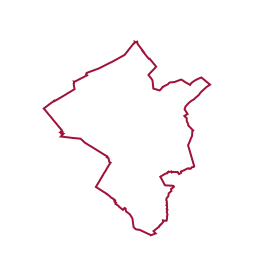 outline of Pajacuarán, Michoacán, Mexico, rotated 302°
{"feature_id": "50627088B74938552540621", "entity_name": "Pajacuarán", "entity_type": "district", "adm_level": 2, "iso_a3": "MEX", "parent_name": "Mexico", "parent_adm1": "Michoacán", "projection": "natural_earth1", "projection_center": [-102.531, 20.15], "detail": "fine", "context": "isolated", "style": "outline", "palette": "rose", "viewbox_px": 256, "rotation_deg": 302, "n_neighbors": 0, "source": "geoboundaries", "source_scale": "gbopen_adm2", "svg_char_len": 5126}
<svg xmlns="http://www.w3.org/2000/svg" viewBox="0 0 256 256"><g transform="rotate(302 128 128)"><path d="M128.5,202.9L129.9,204.4L130.7,204.4L131.1,203.9L145.2,188.1L150.1,187.4L151.8,187.0L153.2,186.7L154.3,186.7L155.5,186.4L157.9,185.1L159.4,184.2L160.4,184.6L162.1,177.7L163.0,177.1L163.6,176.4L164.0,175.7L164.6,174.7L165.2,174.1L165.7,173.6L166.5,173.2L167.3,172.7L167.7,172.1L167.6,171.2L167.8,170.6L168.0,169.6L168.1,169.4L171.4,171.1L171.7,170.5L173.7,166.4L173.8,166.1L176.7,165.4L181.3,166.2L184.5,167.3L187.4,168.8L189.3,169.2L192.0,170.1L194.3,170.7L195.4,170.6L196.8,170.8L197.6,171.0L202.4,172.3L205.0,173.1L207.7,174.4L208.3,174.6L209.0,168.7L209.3,167.0L209.7,163.4L208.4,162.5L206.8,161.4L204.9,160.2L203.6,159.5L202.3,158.9L201.0,158.4L199.9,158.0L198.8,157.8L197.4,157.8L197.4,157.1L197.2,150.6L197.4,150.1L197.2,147.4L196.7,147.0L196.0,146.4L191.9,143.3L190.7,141.9L190.4,141.6L189.9,140.8L189.2,139.8L188.2,139.0L187.2,138.9L186.4,138.7L185.9,138.4L184.9,137.9L184.0,137.3L182.5,136.4L182.1,136.2L181.6,136.1L181.5,135.9L181.3,135.7L181.1,135.6L179.8,135.5L179.5,135.5L179.0,135.5L178.1,135.2L177.6,135.2L176.6,134.9L175.8,132.0L174.9,128.6L176.0,127.7L180.7,124.1L181.5,123.3L182.1,121.9L182.2,121.7L182.6,120.7L183.3,118.6L183.8,117.3L184.1,117.2L190.8,118.6L194.9,119.4L195.6,117.6L195.9,116.5L196.8,114.0L197.8,110.8L198.2,109.6L197.7,109.0L197.9,108.5L198.4,107.1L198.4,106.9L198.4,106.7L198.9,105.4L200.4,101.2L200.8,100.1L201.0,100.5L201.9,98.2L202.5,96.5L202.6,96.4L202.7,96.1L204.2,92.1L204.7,91.1L205.6,90.5L205.9,90.2L205.7,90.1L205.0,89.3L205.2,89.1L204.6,88.5L204.6,88.3L204.4,88.5L203.8,88.5L203.9,88.2L200.9,87.8L197.4,87.4L194.8,87.1L188.2,86.4L187.6,86.1L187.3,85.9L181.9,82.9L174.7,78.9L174.6,78.7L167.0,74.1L163.7,72.1L163.0,71.7L162.4,71.2L152.9,63.8L152.6,64.0L152.3,64.1L152.1,64.1L151.4,63.9L151.3,64.1L151.0,65.4L149.4,64.4L147.8,63.5L146.2,62.5L144.7,61.6L143.3,60.7L143.1,60.7L142.9,60.5L141.5,59.7L140.0,58.8L139.9,58.7L138.4,57.8L138.4,57.7L137.6,58.4L136.9,58.4L135.4,59.6L133.1,61.7L132.7,62.1L129.0,60.3L125.2,58.3L124.1,57.8L121.1,56.3L119.2,55.3L112.2,51.6L112.3,51.5L112.4,51.1L112.2,51.0L112.1,51.4L111.8,51.2L110.6,50.5L110.1,50.2L107.1,49.0L100.5,46.5L99.9,46.2L99.8,46.4L99.6,47.2L99.3,48.3L98.7,49.8L98.2,51.5L98.0,52.0L97.6,53.2L97.1,54.8L96.6,56.4L96.0,58.1L95.5,59.6L95.4,59.7L94.9,61.3L94.4,62.8L93.9,64.4L93.4,65.9L93.3,66.1L92.8,67.6L92.2,69.3L92.1,69.8L90.9,73.3L90.6,73.3L88.7,72.9L89.6,74.7L87.9,74.4L87.9,74.6L88.4,75.3L88.8,76.3L87.0,75.9L85.2,75.6L86.1,77.4L86.8,79.1L87.0,79.5L87.8,81.1L88.6,82.8L88.7,83.0L89.4,84.6L89.8,85.4L90.2,86.4L91.1,88.1L91.2,88.3L92.2,90.2L93.0,91.9L93.8,93.5L93.2,96.9L92.8,98.5L92.7,99.0L92.7,100.5L92.7,101.5L92.7,102.5L92.7,103.5L92.7,104.6L92.7,105.5L92.8,106.5L92.8,107.5L92.8,108.5L92.8,109.5L92.8,110.5L92.8,111.5L92.8,113.5L92.8,114.5L92.8,115.5L92.8,116.4L92.8,117.4L92.8,118.4L92.8,119.4L92.8,120.4L92.8,121.5L92.8,122.5L92.9,123.4L92.9,125.5L92.0,125.5L92.0,127.5L91.1,128.4L89.3,130.2L89.2,130.7L89.3,131.3L89.3,131.6L87.5,131.5L87.4,131.5L85.7,131.5L83.9,131.5L82.0,131.6L80.3,131.6L80.2,131.7L78.5,131.7L76.8,131.6L76.7,131.6L74.9,131.7L74.6,131.8L73.1,131.8L73.1,131.7L72.2,131.8L69.6,131.8L69.4,131.9L66.5,131.9L61.0,132.0L60.9,145.2L60.7,145.2L60.7,147.1L60.6,147.8L60.0,150.8L60.1,151.8L60.2,152.7L60.0,153.0L60.1,154.4L59.6,154.5L59.7,155.5L58.4,155.6L58.4,156.0L58.4,156.7L58.4,156.9L58.4,157.4L57.0,157.5L57.0,157.8L57.0,158.8L57.0,159.1L57.0,159.7L56.9,161.0L56.6,161.9L56.5,162.4L56.2,164.4L56.1,165.2L55.9,167.1L57.0,167.2L58.3,167.4L58.4,168.7L57.8,168.9L56.2,170.6L55.9,174.7L55.6,175.4L55.4,176.1L53.7,179.6L50.5,182.3L47.6,184.7L47.0,185.2L46.8,185.5L46.3,188.1L46.9,190.2L47.7,191.2L49.2,203.4L49.3,204.1L49.2,204.2L51.7,206.2L51.8,206.2L51.9,206.3L53.1,207.2L53.2,207.3L54.1,204.3L58.9,206.0L60.8,206.7L61.1,206.4L63.2,207.0L63.2,206.8L64.7,207.2L65.7,207.4L65.8,207.4L66.4,207.5L66.6,207.6L67.0,207.6L68.2,206.6L68.6,207.9L69.2,208.8L69.4,209.3L69.4,209.5L69.9,209.7L70.1,209.8L70.2,209.7L70.7,209.4L71.0,209.3L71.4,209.3L72.2,208.9L72.9,208.6L73.2,208.2L74.4,207.6L75.4,207.5L77.0,205.7L78.1,205.0L79.5,204.8L79.6,204.1L79.9,203.6L80.3,203.6L80.8,203.6L82.7,202.3L82.9,201.5L83.7,201.6L84.5,200.9L85.1,200.8L85.4,200.2L86.0,200.0L86.5,199.7L87.1,198.7L89.0,197.9L90.4,198.2L91.2,198.4L92.8,197.8L94.1,197.1L95.0,197.4L97.6,198.2L99.1,196.8L100.4,197.4L102.0,198.0L102.5,198.1L102.9,197.4L102.8,196.9L102.6,196.3L102.4,195.9L100.7,192.9L99.8,191.2L99.0,189.7L99.6,188.6L101.5,185.4L103.8,181.2L106.5,182.6L108.9,183.8L110.4,185.2L110.5,185.1L110.8,184.9L111.4,185.1L112.5,185.5L112.4,186.0L112.5,186.1L112.6,186.3L113.0,186.7L113.4,187.2L113.8,187.6L114.1,187.8L113.6,188.8L113.9,188.9L114.2,188.8L114.5,189.4L114.6,189.5L115.0,189.9L115.5,191.2L116.3,192.5L116.8,193.1L116.7,193.5L116.9,193.6L116.2,195.3L116.0,195.7L118.0,196.8L118.8,196.6L119.2,196.0L120.0,196.5L120.3,196.8L120.6,197.0L121.6,197.8L124.7,199.6L125.5,200.1L125.6,200.3L125.3,200.1L125.7,201.3L126.0,201.6L126.3,201.9L126.4,202.4L126.5,202.6L127.4,202.9L128.5,202.9Z" fill="none" stroke="#9f1239" stroke-width="2"/></g></svg>